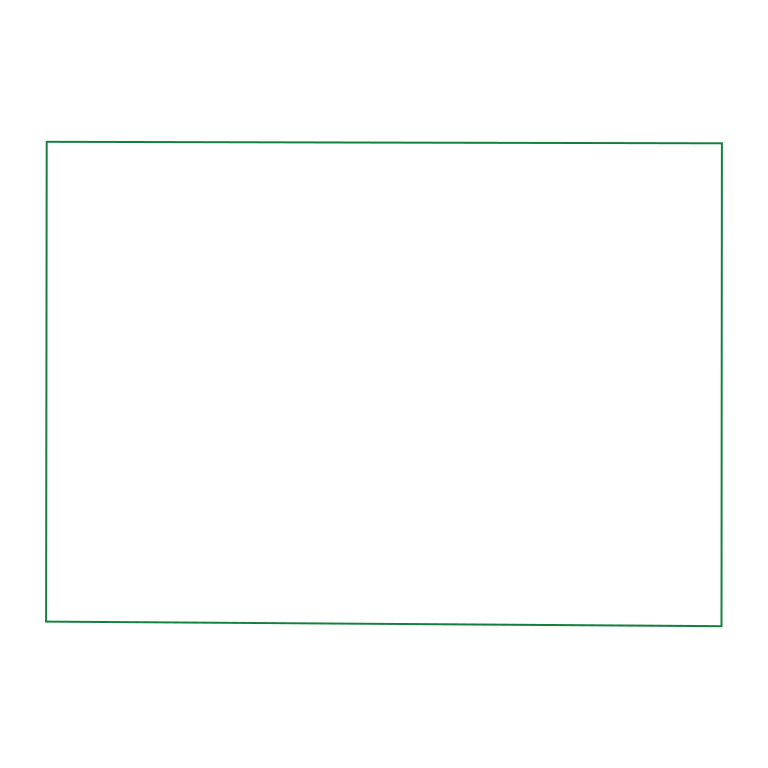 Union, Iowa, United States of America (Natural Earth projection)
{"feature_id": "52423323B51615834161457", "entity_name": "Union", "entity_type": "district", "adm_level": 2, "iso_a3": "USA", "parent_name": "United States of America", "parent_adm1": "Iowa", "projection": "natural_earth1", "projection_center": [-94.28, 41.027], "detail": "fine", "context": "isolated", "style": "outline", "palette": "green", "viewbox_px": 768, "rotation_deg": 0, "n_neighbors": 0, "source": "geoboundaries", "source_scale": "gbopen_adm2", "svg_char_len": 196}
<svg xmlns="http://www.w3.org/2000/svg" viewBox="0 0 768 768"><path d="M46.7,141.8L46.1,621.6L721.5,626.2L721.9,143.3L385.4,142.6L46.7,141.8Z" fill="none" stroke="#15803d" stroke-width="2"/></svg>